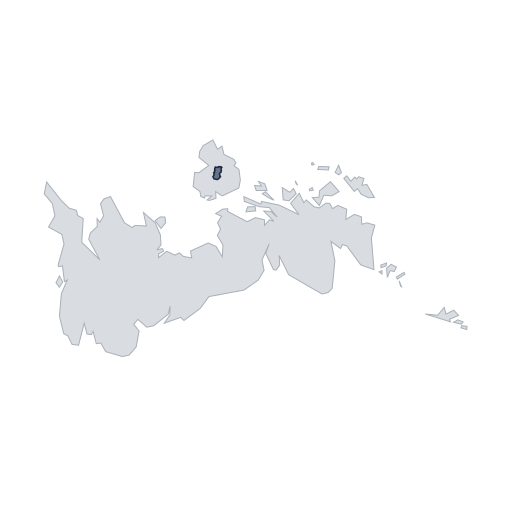 Mid Ulster highlighted on a map of United Kingdom, rotated 95°
{"feature_id": "GBR-2091", "entity_name": "Mid Ulster", "entity_type": "Province", "adm_level": 1, "iso_a3": "GBR", "parent_name": "United Kingdom", "parent_adm1": "", "projection": "mercator", "projection_center": [-6.696, 54.64], "detail": "fine", "context": "in_parent", "style": "filled", "palette": "slate", "viewbox_px": 512, "rotation_deg": 95, "n_neighbors": 0, "source": "natural_earth", "source_scale": "10m", "svg_char_len": 4471}
<svg xmlns="http://www.w3.org/2000/svg" viewBox="0 0 512 512"><g transform="rotate(95 256 256)"><path d="M273.4,411.3L253.9,424.1L247.8,423.2L240.4,416.7L232.6,417.6L235.9,414.3L229.2,411.3L217.5,415.5L212.5,412.6L209.4,406.2L234.5,389.8L238.4,381.8L236.1,379.3L235.6,367.8L222.5,371.9L231.8,359.2L243.3,353.1L253.2,351.6L258.3,354.9L256.8,349.8L259.1,348.5L262.4,353.1L266.2,353.0L259.1,345.3L262.2,336.9L259.5,332.6L262.8,328.2L263.5,319.8L256.8,321.7L247.2,304.8L250.0,296.6L259.7,289.5L248.1,289.8L238.9,296.3L232.2,293.7L226.2,297.2L219.4,293.7L217.3,299.9L212.2,293.3L211.4,288.2L214.0,288.2L222.6,267.8L217.8,259.9L219.2,250.6L224.7,250.2L218.8,245.7L219.8,241.3L210.5,252.2L210.3,245.1L215.4,238.3L206.6,247.0L206.6,257.0L202.7,272.3L197.9,273.3L203.9,255.7L201.2,255.3L203.2,237.6L211.0,216.8L200.6,226.1L189.7,218.4L198.8,212.9L195.8,210.8L201.9,202.5L202.6,197.1L197.3,191.0L197.2,187.2L202.1,183.9L198.5,178.8L201.5,169.7L211.8,169.7L206.0,161.7L207.7,154.5L215.1,153.4L213.3,148.2L214.9,140.3L228.1,142.6L259.3,137.3L255.7,150.9L238.1,166.4L237.1,171.0L241.2,172.4L234.9,182.6L253.9,177.0L281.5,177.3L286.2,181.1L288.1,187.0L271.8,221.8L253.5,233.0L263.1,231.6L268.4,234.8L267.9,237.5L252.3,246.6L242.7,243.9L259.4,249.7L269.6,246.7L279.8,251.7L291.0,265.0L300.5,299.3L313.2,307.1L326.5,322.1L323.7,325.8L331.0,341.6L322.3,336.7L313.5,337.2L321.7,338.4L334.5,352.0L336.4,358.6L329.4,368.2L334.7,371.8L341.0,365.9L357.1,367.5L365.9,373.9L367.8,380.4L364.4,397.4L356.3,402.9L357.2,407.5L345.4,411.7L348.7,413.2L348.5,417.5L338.0,421.3L360.4,425.0L360.0,431.6L352.0,436.4L350.1,440.8L333.0,446.6L310.6,446.6L296.4,441.9L298.2,444.6L282.5,448.0L284.0,451.5L282.3,452.4L260.6,448.3L251.4,451.3L245.2,465.2L233.5,459.8L221.5,463.5L212.6,472.4L200.5,471.0L217.7,454.8L224.7,446.2L226.1,439.0L231.2,437.2L233.7,431.4L257.5,430.8L273.4,411.3ZM192.3,324.7L178.0,324.4L178.1,320.3L169.9,310.9L162.7,321.5L156.4,321.1L150.7,318.3L144.2,309.1L153.0,303.6L149.5,299.5L157.6,296.8L161.6,286.6L165.1,284.1L167.8,285.8L171.3,280.5L181.9,278.2L189.8,279.1L199.1,294.9L195.4,301.8L202.1,300.9L204.7,307.3L204.4,309.6L200.1,305.3L200.5,311.9L202.7,312.3L201.6,316.1L196.6,317.5L192.3,324.7ZM188.2,149.1L185.3,156.6L180.1,160.7L183.1,163.8L171.0,175.3L168.2,172.6L173.3,167.9L168.8,164.5L170.4,162.5L168.1,160.6L169.4,155.2L176.3,156.6L175.1,151.8L187.3,143.1L188.2,149.1ZM189.4,185.7L189.6,193.7L200.2,197.3L193.0,204.9L191.9,198.4L185.4,198.3L175.5,188.3L184.6,178.8L189.4,185.7ZM297.5,49.0L302.2,57.8L304.6,56.6L299.0,82.3L299.2,69.9L290.8,64.0L297.3,61.7L292.8,54.3L297.5,49.0ZM197.7,233.8L185.6,235.8L189.6,227.8L185.5,224.6L190.4,221.4L198.1,227.8L197.7,233.8ZM230.8,348.9L236.8,353.1L229.5,359.6L225.4,354.8L225.1,350.1L230.8,348.9ZM189.8,250.6L190.7,261.5L185.8,263.6L185.9,256.6L181.6,260.0L183.3,253.6L189.8,250.6ZM259.4,117.0L258.9,121.2L265.9,123.3L256.8,124.9L252.5,120.6L254.9,115.1L259.4,117.0ZM212.9,269.9L207.8,268.6L206.9,261.2L211.1,260.2L212.9,269.9ZM304.3,449.2L300.1,452.9L293.0,450.1L298.7,446.3L304.3,449.2ZM193.4,255.2L191.1,252.1L198.9,243.0L197.3,247.5L193.4,255.2ZM165.4,178.2L168.0,180.5L165.9,184.5L158.4,181.6L165.4,178.2ZM164.4,202.0L161.4,201.3L160.8,190.9L164.0,191.3L164.4,202.0ZM304.8,53.4L302.0,49.3L303.7,43.9L306.0,45.5L304.8,53.4ZM266.7,113.2L264.7,114.3L259.4,107.1L261.1,106.1L266.7,113.2ZM256.8,130.4L254.2,130.9L251.6,125.4L254.4,125.5L256.8,130.4ZM310.9,39.6L309.7,45.6L307.5,45.0L307.7,39.7L310.9,39.6ZM273.4,109.4L268.2,111.3L274.0,108.3L273.4,109.4ZM186.4,208.2L184.9,208.7L182.9,206.0L185.4,204.7L186.4,208.2ZM262.9,128.9L261.1,132.0L259.7,129.2L262.9,128.9ZM180.7,222.2L177.6,223.6L181.8,220.6L180.7,222.2ZM160.6,208.2L158.7,208.8L157.8,207.9L159.8,206.0L160.6,208.2Z" fill="#d9dde1" stroke="#a8b0b8" stroke-width="1"/><path d="M172.4,304.8L170.9,304.3L171.2,303.1L170.7,301.7L170.5,301.3L170.8,300.9L170.1,300.5L170.3,299.7L170.2,298.3L170.8,297.8L171.1,298.2L171.3,298.3L172.1,298.2L172.5,298.4L174.0,297.9L175.0,298.3L175.5,298.1L176.4,299.2L177.2,299.6L177.7,299.6L178.1,299.2L179.1,298.8L179.7,299.0L179.9,298.8L180.0,298.4L180.8,298.8L181.2,299.0L181.4,299.2L182.0,299.7L182.8,300.7L183.2,301.2L183.2,301.8L183.1,302.4L182.9,303.3L182.8,303.9L182.8,304.6L181.8,305.2L180.8,305.7L180.7,305.8L179.8,305.3L179.3,305.1L178.3,304.7L178.0,305.1L177.2,304.9L176.8,305.4L176.5,305.3L176.0,304.5L175.4,304.8L174.6,304.7L174.1,304.3L173.4,304.7L173.0,304.6L172.4,304.8Z" fill="#64748b" stroke="#1e293b" stroke-width="1.5"/></g></svg>